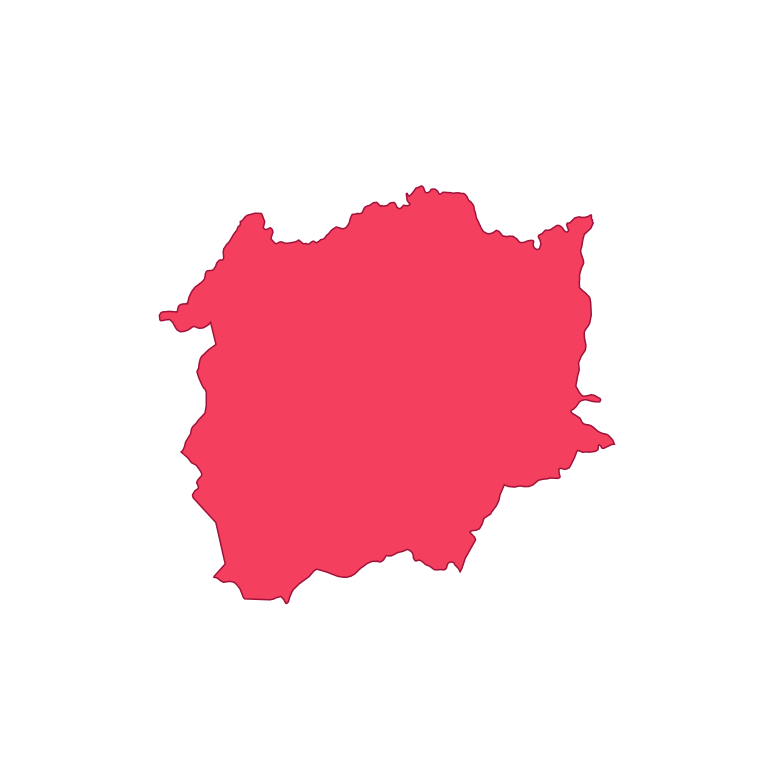 Mulevala, Zambezia, Mozambique (orthographic projection), rotated 304°
{"feature_id": "85939544B54372279750556", "entity_name": "Mulevala", "entity_type": "district", "adm_level": 2, "iso_a3": "MOZ", "parent_name": "Mozambique", "parent_adm1": "Zambezia", "projection": "orthographic", "projection_center": [37.65, -16.373], "detail": "fine", "context": "isolated", "style": "filled", "palette": "rose", "viewbox_px": 768, "rotation_deg": 304, "n_neighbors": 0, "source": "geoboundaries", "source_scale": "gbopen_adm2", "svg_char_len": 6159}
<svg xmlns="http://www.w3.org/2000/svg" viewBox="0 0 768 768"><g transform="rotate(304 384 384)"><path d="M438.3,174.0L436.6,175.3L434.9,175.9L433.0,175.1L429.3,175.9L424.3,175.6L415.8,176.2L411.6,175.5L406.2,175.6L403.3,177.0L399.7,180.0L397.7,181.0L396.2,180.6L395.3,178.8L394.2,178.1L390.9,177.7L386.9,178.7L383.4,178.6L382.3,178.1L379.1,174.3L377.9,173.8L375.2,174.4L371.1,176.4L369.9,176.4L367.1,176.1L358.8,173.3L355.2,172.9L352.0,173.0L346.9,173.8L340.6,176.2L340.7,175.4L339.4,174.8L338.6,173.3L336.2,170.9L334.3,170.3L333.3,170.2L328.0,172.2L324.3,165.6L320.0,160.2L318.4,159.3L315.4,159.3L312.2,162.0L311.6,163.1L312.1,164.3L315.3,167.4L317.3,169.9L317.6,170.8L316.8,174.6L314.0,179.9L313.1,182.7L313.5,186.0L315.5,188.5L317.5,190.2L320.3,191.9L324.9,193.6L326.1,196.1L326.3,197.9L327.1,200.0L329.3,202.6L332.0,204.1L335.5,205.5L338.2,205.7L322.8,222.6L314.6,219.5L305.1,217.4L302.2,217.6L298.1,219.1L293.5,221.4L289.5,222.1L285.6,227.0L281.3,233.8L279.8,237.0L279.7,238.5L277.9,241.2L266.6,248.8L259.8,251.8L249.9,250.3L246.1,250.2L242.5,249.4L240.1,249.4L238.5,249.7L234.5,251.5L224.9,252.0L220.3,253.7L217.0,254.2L215.5,254.2L214.2,253.8L213.0,263.0L211.1,268.3L211.7,273.7L209.4,280.1L208.0,282.6L207.2,283.4L206.0,284.0L200.3,283.3L197.8,283.7L197.2,284.1L195.3,287.5L193.7,288.2L192.6,288.1L190.0,287.0L185.9,287.1L184.8,287.4L183.0,289.3L175.1,322.1L146.0,353.0L130.0,350.8L128.6,351.1L129.6,353.1L129.9,354.7L129.5,358.0L129.8,361.7L134.0,366.4L135.4,369.3L135.7,371.2L135.3,374.3L133.6,379.2L128.3,387.0L128.0,388.7L141.2,409.9L143.7,412.5L146.1,413.9L150.2,417.3L149.3,421.4L147.4,424.8L147.3,425.4L147.7,426.1L149.9,426.5L155.2,424.9L159.6,424.0L162.8,423.8L170.9,425.4L182.6,429.6L189.6,430.4L192.6,431.5L193.1,432.4L195.9,441.0L198.7,453.2L201.1,458.4L203.5,461.9L205.0,462.8L205.9,463.9L210.0,465.9L217.9,467.6L225.9,470.5L227.6,471.5L230.8,473.8L232.4,476.6L233.7,477.7L233.4,478.2L233.8,479.4L234.6,480.7L237.8,482.0L242.8,481.8L243.4,482.2L244.1,484.2L245.9,486.3L251.9,489.7L256.3,493.6L259.7,495.6L260.4,497.8L260.1,501.5L258.3,504.2L256.3,505.5L254.9,508.4L255.2,509.6L257.3,511.1L258.1,512.9L258.1,515.6L257.5,519.4L258.5,523.8L258.2,529.5L259.6,532.0L262.0,534.9L263.0,537.0L264.3,538.4L266.5,538.7L268.6,537.8L270.8,537.4L272.3,537.7L274.4,539.6L274.9,541.7L273.7,544.0L272.6,549.0L270.9,552.1L274.2,551.8L285.1,548.8L306.0,547.1L307.5,545.1L309.2,538.1L309.7,537.9L311.8,539.2L314.1,542.0L317.3,544.1L322.6,543.7L328.5,542.0L336.0,545.1L337.4,544.8L345.5,545.2L348.3,544.9L352.1,544.2L357.2,542.1L367.7,540.1L368.5,544.2L371.5,549.8L375.6,553.8L377.3,557.6L379.9,561.3L383.6,563.9L390.6,565.9L394.1,569.2L397.0,572.7L398.9,574.2L402.9,580.8L403.9,581.6L405.4,582.0L408.2,578.9L410.4,577.2L411.6,576.7L412.7,577.2L414.2,581.3L415.4,582.7L418.0,584.3L420.5,584.3L429.6,583.1L435.7,581.6L437.3,581.7L438.6,587.0L440.2,588.8L442.4,592.4L445.9,596.4L447.6,597.5L449.4,598.1L453.1,596.1L453.6,596.1L454.0,597.9L452.7,600.5L453.5,602.1L461.0,606.5L463.0,608.7L465.5,604.8L466.9,598.9L466.8,596.7L465.2,592.7L464.6,589.8L464.4,587.4L465.2,581.7L465.2,578.9L464.3,575.9L463.4,574.5L462.6,571.7L463.1,569.2L464.8,566.6L465.3,565.0L465.0,556.5L465.4,554.9L465.9,554.3L467.0,554.1L469.3,555.2L472.5,555.9L478.0,556.0L480.3,556.7L481.4,557.5L483.8,559.9L486.3,567.0L488.3,570.6L489.8,572.8L491.6,572.6L492.4,572.1L492.7,571.2L492.2,564.6L490.8,561.4L489.8,560.9L486.1,557.2L485.2,555.4L485.2,553.9L486.0,551.3L489.5,544.2L499.5,539.8L504.8,538.0L510.4,533.4L517.3,532.0L524.3,532.0L526.8,531.0L529.3,529.5L534.4,524.3L538.8,521.1L541.3,520.6L547.4,520.8L549.7,520.4L557.0,517.3L567.1,509.8L570.2,506.8L570.9,505.6L572.2,499.9L572.3,497.6L573.2,492.0L575.1,491.0L576.4,489.7L581.6,486.8L582.7,485.6L586.7,484.0L591.6,482.6L595.5,482.1L597.8,480.4L603.3,473.3L605.7,471.9L608.8,471.0L614.7,468.2L619.9,466.4L628.7,468.4L634.6,467.4L634.9,466.1L636.5,465.1L637.3,463.2L639.3,462.2L640.0,461.2L639.6,460.7L637.1,459.6L634.6,457.5L632.5,454.5L632.0,452.8L630.4,451.0L628.3,449.3L622.0,448.0L621.0,447.5L619.9,446.0L618.3,446.3L616.3,448.7L614.8,451.1L612.9,451.2L611.9,450.0L611.8,448.2L613.3,444.3L613.5,441.3L612.9,439.6L611.8,438.5L604.9,435.7L603.1,433.9L601.8,431.8L597.3,431.0L594.0,429.2L592.2,429.6L590.7,432.5L588.8,435.0L587.1,436.0L583.6,437.1L582.2,436.8L580.9,435.5L580.9,432.6L581.9,430.7L583.6,429.3L585.8,428.5L586.3,427.5L585.6,425.9L584.2,424.3L582.1,422.4L580.3,421.4L578.0,418.9L577.4,417.0L578.5,413.0L578.6,408.4L576.3,404.7L575.3,404.1L573.4,400.3L573.3,399.0L574.8,394.2L574.4,391.5L573.9,391.1L570.4,389.8L567.3,387.3L566.3,384.9L566.0,381.1L568.2,376.1L568.5,376.0L573.7,367.3L577.2,363.9L579.2,361.1L581.5,359.2L582.5,357.4L583.5,354.3L583.7,351.3L585.8,347.8L586.6,344.8L586.4,343.2L585.5,342.2L584.7,339.9L582.9,337.0L580.9,334.8L580.0,332.5L576.0,325.7L573.4,324.8L572.6,324.2L572.6,322.9L573.6,321.3L574.0,319.7L574.1,318.2L574.0,317.3L572.7,315.1L571.5,314.2L569.0,314.4L566.9,313.1L566.2,312.0L566.3,310.5L569.1,306.7L569.3,304.6L568.3,303.6L567.2,303.2L566.3,302.4L565.5,302.4L564.6,301.0L558.2,300.8L554.2,300.1L553.8,298.7L555.0,296.8L554.6,296.2L554.0,296.2L549.2,300.5L548.2,302.8L547.8,304.8L547.1,305.1L545.8,304.5L544.6,303.3L543.1,300.2L539.7,299.8L538.3,299.1L537.8,298.2L537.8,295.9L539.9,292.5L540.1,290.6L537.4,287.8L533.7,286.8L530.7,283.6L530.8,282.5L529.5,281.7L530.5,276.4L528.9,274.4L527.9,273.6L524.5,272.5L522.0,270.4L520.1,269.4L518.3,269.3L514.5,270.0L512.9,269.8L510.9,267.7L510.6,266.5L509.4,265.8L506.9,262.9L506.1,262.8L502.1,263.6L498.0,265.1L493.8,265.2L491.6,264.7L489.5,262.9L487.5,256.6L482.4,254.5L477.5,254.0L474.7,253.2L472.5,253.3L470.1,252.7L468.2,250.8L465.9,250.3L463.2,248.9L463.1,245.9L462.7,245.3L461.5,244.6L458.0,243.5L457.2,242.7L456.9,240.7L455.4,239.2L455.1,238.0L455.7,232.8L453.4,231.8L451.9,230.7L446.7,225.3L445.5,223.5L444.6,219.7L443.3,218.0L441.0,216.9L440.0,216.0L439.7,215.0L441.0,209.4L441.8,208.7L447.6,207.1L449.1,205.7L449.8,204.4L450.0,202.4L446.2,200.1L445.6,198.9L445.9,196.8L446.9,196.2L451.8,194.4L456.5,187.8L456.6,186.6L453.5,181.6L447.4,176.3L445.2,175.5L440.1,175.0L438.3,174.0Z" fill="#f43f5e" stroke="#9f1239" stroke-width="1.5"/></g></svg>